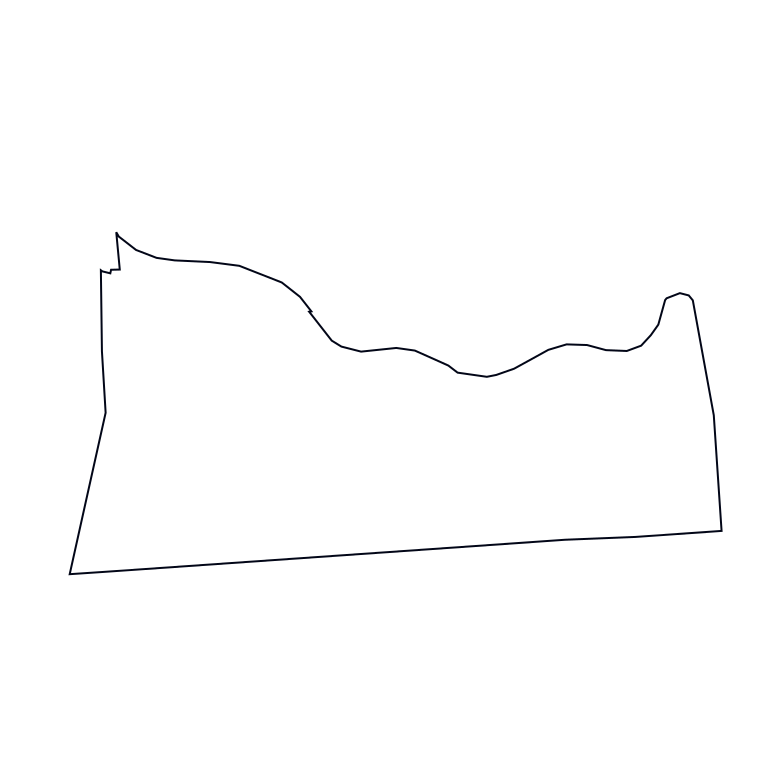 the district of Brooke, West Virginia, United States of America, rotated 86°
{"feature_id": "52423323B34331419978033", "entity_name": "Brooke", "entity_type": "district", "adm_level": 2, "iso_a3": "USA", "parent_name": "United States of America", "parent_adm1": "West Virginia", "projection": "mercator", "projection_center": [-80.613, 40.28], "detail": "fine", "context": "isolated", "style": "outline", "palette": "ink", "viewbox_px": 768, "rotation_deg": 86, "n_neighbors": 0, "source": "geoboundaries", "source_scale": "gbopen_adm2", "svg_char_len": 792}
<svg xmlns="http://www.w3.org/2000/svg" viewBox="0 0 768 768"><g transform="rotate(86 384 384)"><path d="M322.1,70.1L316.9,73.8L314.0,82.5L318.2,96.1L319.9,97.7L343.9,106.2L353.9,114.4L363.7,124.8L368.0,139.5L365.7,160.2L359.3,178.7L357.2,199.2L357.3,199.5L361.4,217.7L377.8,253.1L382.8,271.4L384.0,280.9L377.8,309.8L370.1,318.5L352.8,350.9L348.9,369.2L350.1,404.6L343.7,423.9L337.1,433.1L306.7,453.6L306.5,451.4L291.2,461.7L275.6,478.9L256.0,520.1L250.2,549.1L246.1,584.1L242.3,602.1L233.0,622.0L218.4,638.3L213.9,640.5L251.4,639.6L251.0,648.3L254.5,649.3L252.0,657.1L250.8,658.5L331.7,663.1L393.3,663.7L480.7,689.7L551.8,710.8L551.9,675.3L551.9,675.2L552.0,245.2L552.0,214.3L554.1,143.8L554.1,59.6L554.1,57.5L438.2,57.2L322.1,70.1Z" fill="none" stroke="#020617" stroke-width="2"/></g></svg>